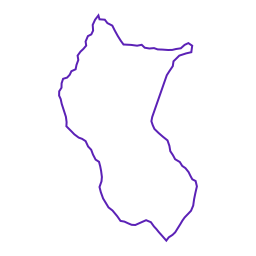 Indiana, São Paulo, Brazil
{"feature_id": "56859067B42433068505408", "entity_name": "Indiana", "entity_type": "district", "adm_level": 2, "iso_a3": "BRA", "parent_name": "Brazil", "parent_adm1": "São Paulo", "projection": "albers", "projection_center": [-51.261, -22.133], "detail": "fine", "context": "isolated", "style": "outline", "palette": "violet", "viewbox_px": 256, "rotation_deg": 0, "n_neighbors": 0, "source": "geoboundaries", "source_scale": "gbopen_adm2", "svg_char_len": 1496}
<svg xmlns="http://www.w3.org/2000/svg" viewBox="0 0 256 256"><path d="M98.4,15.4L95.1,19.7L92.7,24.9L93.1,30.6L91.3,34.4L87.9,36.1L85.6,41.5L86.2,45.6L83.3,49.0L80.5,51.6L77.6,55.6L78.3,60.0L76.5,64.9L75.6,69.3L71.4,71.2L69.7,74.8L67.1,77.6L63.1,78.8L61.6,83.3L61.5,87.7L59.2,91.3L59.1,95.6L60.7,99.1L61.7,103.8L64.0,110.9L65.9,116.8L66.6,122.1L66.4,126.3L71.6,131.5L74.3,134.3L78.7,137.6L82.0,138.8L85.6,141.1L88.1,146.5L91.2,149.8L93.0,154.6L95.6,159.6L99.0,161.8L100.2,166.3L101.1,170.9L101.9,177.0L101.5,181.3L99.5,187.0L100.8,192.1L103.1,198.5L108.5,207.4L112.5,210.5L117.3,216.3L120.5,220.9L124.4,221.6L128.3,223.4L131.6,224.8L135.3,225.0L139.3,223.2L142.9,221.6L146.1,220.2L150.9,222.2L153.9,226.4L156.4,229.1L158.8,232.1L162.2,235.9L166.3,240.6L168.8,237.3L172.5,234.9L175.2,232.3L180.4,224.0L182.4,220.6L184.6,217.5L191.0,210.8L193.2,205.6L194.1,199.2L195.4,192.9L196.9,186.4L195.6,181.0L192.3,179.3L190.5,176.0L188.6,172.1L185.4,168.1L182.2,165.9L179.8,162.0L175.1,159.2L172.9,155.1L170.3,151.2L169.4,145.9L167.5,140.4L163.0,136.8L158.6,133.0L154.4,128.9L152.7,125.1L151.4,121.2L152.2,117.0L166.8,75.2L169.3,71.3L172.8,66.1L173.5,61.3L179.3,55.6L186.1,53.4L191.3,52.2L192.2,45.7L188.3,43.1L184.6,44.9L180.8,48.3L176.1,49.0L172.3,49.9L168.1,50.0L162.6,49.6L157.7,49.4L154.0,48.1L149.4,48.5L144.7,47.7L141.7,44.8L137.1,45.7L131.1,44.9L123.5,44.5L120.8,40.8L117.8,36.0L114.7,30.4L112.3,25.6L107.4,23.1L104.8,19.7L99.5,19.3L98.4,15.4Z" fill="none" stroke="#5b21b6" stroke-width="2"/></svg>